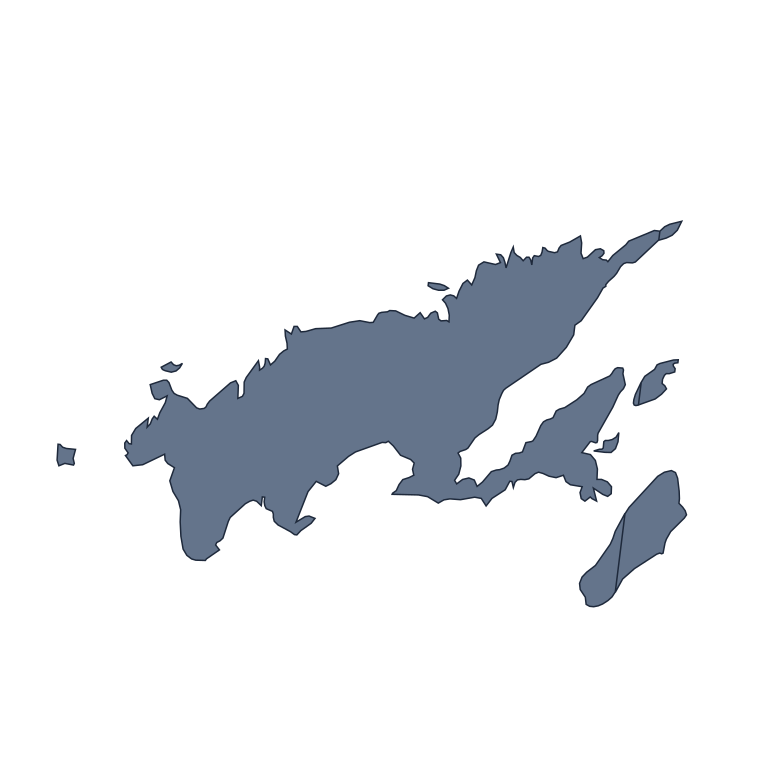 map outline of Northern (Equal Earth projection), rotated 7°
{"feature_id": "FJI-2619", "entity_name": "Northern", "entity_type": "Division", "adm_level": 1, "iso_a3": "FJI", "parent_name": "Fiji", "parent_adm1": "", "projection": "equal_earth", "projection_center": [179.45, -16.564], "detail": "fine", "context": "isolated", "style": "filled", "palette": "slate", "viewbox_px": 768, "rotation_deg": 7, "n_neighbors": 0, "source": "natural_earth", "source_scale": "10m", "svg_char_len": 6166}
<svg xmlns="http://www.w3.org/2000/svg" viewBox="0 0 768 768"><g transform="rotate(7 384 384)"><path d="M639.2,207.5L618.6,232.3L615.9,233.5L610.0,233.9L607.2,235.3L604.5,238.7L601.4,245.8L599.2,249.2L594.4,254.7L592.0,258.4L592.3,260.0L589.7,262.1L585.4,272.4L572.0,297.2L566.3,302.4L566.3,312.1L560.5,325.4L552.2,337.3L544.7,342.4L537.4,345.3L505.5,373.3L503.4,375.7L502.1,379.1L500.3,385.4L499.8,390.9L499.9,397.9L499.2,405.2L496.7,411.6L492.9,415.6L484.4,422.7L480.8,426.5L475.1,437.4L473.1,439.1L467.7,441.7L465.9,443.5L469.2,448.2L470.3,456.0L469.2,464.4L465.8,471.0L468.3,474.3L473.6,469.2L479.7,466.9L485.3,468.3L488.9,474.3L493.7,469.3L501.2,457.9L505.9,455.7L509.3,454.9L513.5,452.8L517.0,449.3L518.4,445.1L519.7,439.1L522.9,436.8L526.7,436.0L529.7,434.5L532.0,424.9L537.5,423.1L538.8,422.2L541.3,417.2L544.7,406.1L546.9,402.1L550.0,399.8L553.3,398.5L555.9,396.8L558.2,389.8L561.1,387.6L566.3,385.4L577.3,376.2L583.7,369.0L586.5,362.2L589.6,359.3L607.1,348.5L608.8,346.0L610.1,343.1L611.6,340.7L613.9,339.3L619.0,339.1L620.0,340.9L619.9,344.7L623.6,355.3L622.2,359.5L619.7,362.9L617.9,366.5L613.9,379.2L602.5,406.7L602.3,408.8L602.9,414.1L602.5,416.1L601.2,416.6L597.1,415.7L595.7,416.1L588.7,428.0L597.5,428.9L603.1,434.1L606.2,442.4L607.0,452.7L611.6,452.2L617.6,453.9L622.3,458.2L622.9,465.2L619.7,468.3L614.6,466.9L604.5,461.8L609.3,474.3L604.3,472.4L602.5,471.0L597.7,475.8L593.7,473.7L591.8,467.9L593.2,461.8L581.3,461.3L576.5,458.7L573.2,452.7L566.2,456.0L559.0,455.4L552.7,453.4L548.1,452.7L544.8,454.6L539.3,460.5L535.5,461.8L531.4,462.0L528.1,462.9L526.0,465.7L525.0,471.0L522.9,465.2L520.7,465.2L517.2,474.2L505.1,484.4L500.2,492.6L494.5,485.7L487.8,485.3L474.0,489.5L463.4,490.0L457.6,491.7L452.4,495.6L441.0,490.5L431.7,489.9L405.5,492.5L405.8,491.4L409.2,488.3L411.2,482.0L414.3,476.6L420.3,473.8L424.7,470.9L422.7,465.2L423.6,458.8L419.7,455.7L409.1,452.7L400.8,444.3L395.3,440.3L392.9,442.0L389.3,442.2L364.0,454.9L357.6,460.2L347.7,471.0L349.9,478.6L347.9,484.8L343.5,489.4L338.7,492.6L328.6,488.9L321.7,500.1L313.5,531.9L322.0,525.2L325.7,524.2L331.9,525.8L328.7,531.1L319.3,539.7L315.9,544.4L313.5,544.4L309.2,542.0L296.1,536.9L291.8,533.6L290.4,529.9L290.0,526.5L288.8,524.0L282.3,522.1L280.5,519.3L279.4,515.5L279.4,510.9L277.0,510.9L277.0,519.7L271.9,515.9L268.3,515.2L265.1,516.7L261.0,519.7L247.6,535.2L246.2,539.4L242.9,556.6L240.4,559.6L237.3,561.7L236.5,564.3L240.9,568.7L229.1,579.2L228.2,580.9L218.7,581.8L214.3,581.1L209.2,578.1L204.7,572.3L201.0,560.0L198.5,545.7L197.5,533.6L194.2,524.9L187.6,516.4L183.2,506.2L186.2,492.6L179.1,489.3L176.1,486.3L174.8,480.4L154.4,493.5L144.7,495.8L136.1,486.5L137.6,485.5L138.4,483.5L134.6,479.3L133.9,474.2L135.4,471.5L138.3,474.3L140.6,474.3L139.7,465.8L143.0,458.4L154.2,446.6L154.2,455.7L156.9,452.0L158.2,446.9L159.8,444.0L163.4,446.6L165.0,439.8L169.2,429.2L170.2,422.2L163.0,427.0L158.3,426.5L155.0,421.5L152.0,413.1L164.6,407.1L167.9,406.7L170.4,408.8L174.2,416.0L176.8,418.9L180.2,420.3L190.6,422.2L200.9,430.5L204.2,431.3L208.6,430.1L210.2,428.3L211.0,425.7L213.0,422.2L231.5,401.6L236.5,398.8L239.6,403.1L240.7,416.1L245.0,413.5L246.2,410.3L245.0,399.1L246.5,394.3L256.5,376.2L258.5,382.4L258.8,385.4L261.4,383.2L262.9,381.0L263.5,377.8L263.3,373.2L265.6,373.2L269.0,378.9L272.8,374.7L276.7,367.3L280.4,363.4L283.8,361.1L282.8,355.4L280.3,348.5L279.2,342.4L286.0,345.7L287.7,337.8L290.9,337.4L295.2,342.4L300.2,341.3L309.4,337.4L324.8,334.9L342.2,326.9L352.2,324.1L362.4,324.8L365.8,324.1L369.2,316.2L370.3,314.4L372.9,313.2L378.7,311.9L380.7,310.4L386.7,310.0L396.4,313.3L405.9,314.9L411.2,308.8L416.2,314.4L419.2,312.6L421.8,308.0L426.0,305.5L428.3,306.9L430.4,313.0L432.9,314.4L438.5,313.3L440.9,314.4L440.4,307.7L438.3,301.3L435.2,296.3L431.8,293.3L435.2,289.0L438.9,287.5L442.5,288.0L445.6,290.2L447.2,282.6L450.1,274.6L454.1,270.7L459.0,275.0L461.3,267.3L461.9,260.2L463.4,254.5L468.3,250.6L480.1,251.8L484.8,249.3L479.7,241.4L484.1,241.5L487.1,244.1L489.2,248.5L491.0,253.9L493.9,238.1L495.6,232.3L497.2,237.7L500.2,240.2L503.9,241.8L507.1,244.7L510.0,240.8L512.5,240.5L514.5,243.0L516.2,247.8L516.2,240.8L517.5,238.3L521.9,238.6L523.9,237.2L524.8,233.9L525.0,229.2L527.3,229.5L529.7,231.7L531.0,232.3L537.3,232.9L540.1,231.7L541.2,227.7L542.9,224.9L551.0,220.5L560.9,213.1L563.0,219.9L563.6,230.1L566.4,235.3L570.4,233.3L577.5,224.9L582.3,223.4L585.9,224.9L586.4,227.4L584.9,230.1L582.3,232.3L585.9,234.0L589.6,233.9L591.3,235.3L595.4,228.6L607.1,216.3L609.5,212.4L633.6,198.7L639.2,198.7L639.2,207.5ZM639.0,483.5L642.3,476.6L666.9,442.3L673.0,437.4L679.8,434.9L684.1,436.4L686.9,441.7L690.0,454.3L691.2,461.8L691.3,466.5L695.4,469.8L698.4,473.1L700.2,477.0L698.4,480.5L686.5,495.6L683.2,503.5L682.3,507.5L681.6,517.9L680.3,518.7L678.3,518.2L675.4,519.7L655.1,536.7L644.6,548.5L638.9,562.7L639.0,483.5ZM638.9,562.1L636.3,567.5L632.6,571.7L627.8,575.7L623.6,578.1L619.3,579.5L615.2,579.6L611.5,578.1L609.8,571.1L603.8,564.1L602.4,558.1L604.1,551.5L608.1,546.1L616.0,538.3L628.1,515.5L630.0,509.4L631.5,502.0L639.0,482.9L638.9,562.1ZM639.1,351.0L641.9,344.6L650.8,336.5L652.7,331.7L655.4,330.0L668.4,324.9L673.1,324.1L673.1,327.1L670.0,327.9L668.6,329.2L669.0,330.9L671.1,333.3L671.1,336.6L665.8,339.0L662.9,339.3L661.3,341.2L659.9,345.4L660.0,349.6L662.9,351.5L665.0,354.4L660.7,360.3L655.0,365.8L639.1,373.8L639.1,351.0ZM85.8,486.5L84.5,495.7L86.3,500.6L85.7,502.3L76.9,501.7L71.3,504.8L68.8,499.4L67.8,483.5L69.9,483.5L72.7,485.9L76.6,486.7L85.8,486.5ZM639.2,198.7L643.4,193.7L648.2,190.6L659.7,186.2L656.4,195.6L651.9,201.2L646.3,204.8L639.2,207.8L639.2,198.7ZM611.6,424.9L600.3,424.9L605.8,422.5L608.2,422.2L609.4,420.8L609.2,414.5L610.5,413.1L613.6,412.7L617.3,411.3L620.8,408.5L623.0,403.6L623.3,412.8L621.6,420.0L617.7,424.3L611.6,424.9ZM170.0,388.1L172.8,390.5L175.6,391.2L178.5,390.3L181.4,388.1L179.2,392.9L176.0,396.4L171.4,398.2L165.3,397.5L162.9,396.8L161.9,396.1L160.8,394.5L170.0,388.1ZM427.2,278.0L431.9,279.0L436.3,281.1L432.2,283.6L426.8,284.3L421.0,283.5L415.8,281.1L415.8,278.0L427.2,278.0ZM639.1,373.9L636.6,374.7L634.9,374.4L633.9,372.6L633.9,369.0L634.8,363.7L639.1,350.8L639.1,373.9Z" fill="#64748b" stroke="#1e293b" stroke-width="1.5"/></g></svg>